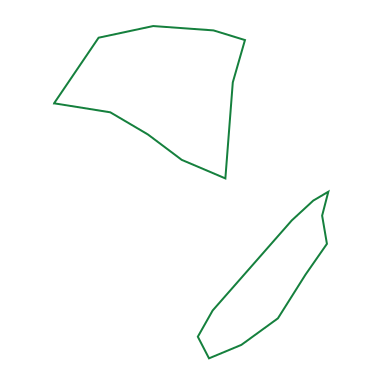 outline of Callao, rotated 269°
{"feature_id": "PER-3505", "entity_name": "Callao", "entity_type": "Departamento", "adm_level": 1, "iso_a3": "PER", "parent_name": "Peru", "parent_adm1": "", "projection": "albers", "projection_center": [-77.175, -12.057], "detail": "fine", "context": "isolated", "style": "outline", "palette": "green", "viewbox_px": 384, "rotation_deg": 269, "n_neighbors": 0, "source": "natural_earth", "source_scale": "10m", "svg_char_len": 458}
<svg xmlns="http://www.w3.org/2000/svg" viewBox="0 0 384 384"><g transform="rotate(269 192 192)"><path d="M343.0,247.6L300.9,234.7L205.0,225.6L224.3,182.3L250.3,148.9L273.1,111.7L283.0,56.1L283.0,55.7L283.3,55.8L347.9,101.3L358.6,156.1L353.2,216.3L343.0,247.6ZM73.2,210.6L161.9,291.3L181.3,313.1L189.9,328.3L166.1,321.7L137.8,326.0L107.5,304.1L64.2,275.7L38.3,238.7L25.4,206.1L47.2,195.3L73.2,210.6Z" fill="none" stroke="#15803d" stroke-width="2"/></g></svg>